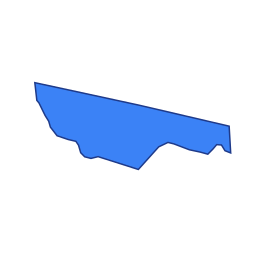 La Gwen Ba, Praslin, Saint Lucia (orthographic projection), rotated 205°
{"feature_id": "8701671B8208248485546", "entity_name": "La Gwen Ba", "entity_type": "district", "adm_level": 2, "iso_a3": "LCA", "parent_name": "Saint Lucia", "parent_adm1": "Praslin", "projection": "orthographic", "projection_center": [-60.912, 13.877], "detail": "fine", "context": "isolated", "style": "filled", "palette": "blue", "viewbox_px": 256, "rotation_deg": 205, "n_neighbors": 0, "source": "geoboundaries", "source_scale": "gbopen_adm2", "svg_char_len": 497}
<svg xmlns="http://www.w3.org/2000/svg" viewBox="0 0 256 256"><g transform="rotate(205 128 128)"><path d="M231.6,129.7L222.3,114.5L219.3,113.1L208.4,104.3L202.7,100.6L198.7,96.0L189.0,91.0L177.3,92.3L169.6,93.9L165.6,91.5L160.4,85.6L155.1,83.6L148.7,84.8L143.0,89.4L101.1,94.8L92.2,123.9L85.7,131.8L79.7,133.0L63.2,134.2L52.3,136.7L44.6,138.0L42.2,144.6L40.6,150.4L36.1,152.1L30.5,148.4L24.4,148.8L37.1,172.4L128.3,153.2L231.6,129.7Z" fill="#3b82f6" stroke="#1e3a8a" stroke-width="1.5"/></g></svg>